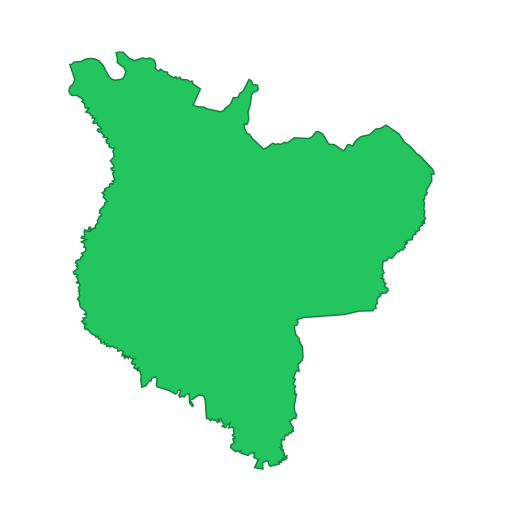 the district of Ratsada, Trang, Thailand, rotated 266°
{"feature_id": "78962969B5329491691086", "entity_name": "Ratsada", "entity_type": "district", "adm_level": 2, "iso_a3": "THA", "parent_name": "Thailand", "parent_adm1": "Trang", "projection": "orthographic", "projection_center": [99.655, 7.929], "detail": "fine", "context": "isolated", "style": "filled", "palette": "green", "viewbox_px": 512, "rotation_deg": 266, "n_neighbors": 0, "source": "geoboundaries", "source_scale": "gbopen_adm2", "svg_char_len": 5990}
<svg xmlns="http://www.w3.org/2000/svg" viewBox="0 0 512 512"><g transform="rotate(266 256 256)"><path d="M46.9,264.9L49.4,264.6L48.4,266.7L49.7,267.0L50.5,268.8L51.4,267.6L52.4,268.8L50.6,270.5L52.3,272.8L52.9,272.2L54.4,272.8L53.8,270.6L54.8,269.8L54.8,270.5L56.7,270.7L59.4,268.8L59.9,269.8L61.0,269.5L61.6,267.4L62.3,268.1L63.0,267.3L63.0,268.3L64.7,269.0L65.7,267.6L66.7,268.6L71.0,268.4L70.6,271.5L74.9,272.5L75.3,275.7L76.9,275.9L77.1,279.0L78.4,279.4L78.6,281.0L81.1,280.4L81.9,281.3L88.6,277.9L91.4,282.3L91.3,284.4L95.5,285.4L96.1,284.2L102.6,283.4L115.5,286.7L115.3,284.9L116.4,284.5L117.2,285.5L121.5,285.1L122.9,286.5L125.5,284.1L130.0,286.7L131.1,286.0L131.1,284.5L138.6,288.1L138.2,291.0L144.5,290.1L149.1,295.0L152.3,295.8L161.8,296.0L166.6,293.8L171.0,293.1L174.7,290.2L182.4,289.2L183.8,289.5L184.3,292.2L186.9,293.3L189.8,292.4L191.3,299.1L191.5,340.2L193.9,355.3L193.3,368.8L195.3,370.1L195.5,372.2L198.1,371.5L200.6,374.0L203.5,373.2L206.4,375.3L207.7,377.8L210.0,377.4L210.1,383.2L212.4,385.4L214.6,385.1L215.5,383.3L217.5,382.0L219.3,383.6L221.4,381.5L223.8,382.0L224.9,379.8L225.3,380.9L226.5,380.3L227.2,381.2L228.3,380.4L230.5,382.7L234.4,381.0L242.1,382.5L242.1,385.8L245.3,388.5L244.2,391.4L250.4,397.4L250.2,398.9L251.9,400.6L251.8,403.1L253.5,404.0L253.8,405.3L256.7,405.0L257.6,407.2L259.2,406.1L258.8,407.9L260.2,407.1L261.2,409.0L261.4,412.9L266.6,414.3L266.6,416.8L268.8,417.4L270.4,421.0L273.5,420.8L275.1,424.2L276.5,424.5L276.7,426.3L278.6,426.4L278.4,424.5L281.9,427.8L283.8,426.3L289.1,427.6L290.1,426.6L297.7,427.7L300.3,426.6L301.0,428.2L304.6,428.5L305.0,429.9L306.9,431.2L309.4,430.4L318.9,436.6L325.2,436.7L325.2,438.9L326.4,439.4L329.9,438.4L344.4,426.7L347.1,423.1L354.1,417.8L359.2,412.1L367.8,407.1L377.5,394.9L374.5,388.9L374.3,384.5L369.0,377.6L367.8,369.0L364.0,363.5L358.9,359.9L360.7,356.8L360.6,355.4L354.5,350.8L361.7,341.8L362.4,336.4L373.1,331.0L375.8,326.7L375.6,324.2L371.4,320.8L369.5,317.5L371.2,302.5L366.9,295.8L367.3,292.1L365.6,288.4L366.4,285.5L365.9,283.4L367.3,280.4L363.1,274.3L362.3,270.9L373.5,260.4L378.0,258.0L379.0,255.5L384.8,253.2L388.1,253.1L388.3,256.6L393.4,258.4L399.8,258.0L407.6,260.8L417.2,262.9L419.3,264.4L420.9,269.0L422.3,269.8L426.2,269.4L427.2,264.8L430.8,263.8L432.6,261.4L421.4,254.6L419.4,251.4L415.5,249.2L415.3,244.3L409.3,241.1L405.1,235.1L403.7,234.4L402.3,231.0L406.3,216.9L408.1,214.6L409.1,207.3L411.0,203.9L426.5,212.2L431.8,205.2L434.9,204.5L434.6,202.4L436.6,199.4L437.2,193.8L439.7,192.6L438.2,189.6L440.3,188.7L440.2,187.3L439.1,186.6L443.5,180.6L445.5,180.5L446.5,176.8L449.1,173.8L447.5,172.1L447.9,170.9L450.0,168.5L453.2,169.4L457.6,168.5L459.1,167.4L461.1,163.4L460.0,161.0L461.5,156.9L459.3,148.5L462.2,143.1L468.4,137.7L469.0,133.5L468.2,130.5L463.9,131.5L458.5,131.2L453.2,137.4L448.9,139.1L445.2,137.6L441.9,135.1L441.1,127.7L442.6,124.1L445.7,121.6L456.9,116.7L461.8,112.9L464.1,108.2L464.6,104.6L464.1,98.9L462.1,95.0L462.3,88.2L460.2,85.8L459.9,83.6L444.8,87.6L440.9,85.9L437.5,82.1L434.0,81.0L431.6,81.3L429.0,83.5L428.7,88.5L424.6,94.2L423.2,94.3L422.4,93.0L420.0,95.6L415.7,96.0L415.2,99.7L411.5,96.2L410.2,100.1L408.1,100.8L407.0,103.0L405.1,102.2L404.5,105.4L401.0,102.8L399.4,102.9L400.2,106.9L397.7,107.1L394.1,110.9L393.3,110.4L393.8,107.4L392.0,106.5L390.3,108.5L390.9,111.2L389.3,110.8L387.0,112.8L385.3,111.8L384.5,115.5L383.5,116.4L382.7,116.2L382.5,114.6L379.6,114.7L377.8,117.4L375.3,116.9L373.8,119.2L373.5,122.4L370.6,120.6L365.0,121.6L361.1,117.3L356.1,120.7L354.3,120.4L353.7,117.5L351.6,118.2L350.7,120.6L348.4,118.7L341.8,120.5L340.8,117.9L340.1,119.1L337.7,118.3L338.6,116.5L338.0,115.2L335.2,114.5L333.7,110.1L332.6,109.4L331.6,110.2L329.8,106.9L327.6,109.0L325.6,107.7L321.0,111.3L319.6,109.1L316.9,108.1L312.7,103.5L310.0,102.8L309.0,104.2L307.0,104.8L306.5,102.5L303.9,101.6L302.9,100.3L300.0,100.4L297.7,97.9L295.0,97.9L295.4,96.5L293.7,94.3L296.4,92.5L296.4,91.7L294.0,90.4L293.1,93.1L292.2,92.4L292.2,89.9L294.1,87.0L292.0,86.2L288.0,86.6L287.2,85.8L287.9,84.0L286.2,82.9L284.3,87.9L282.2,82.6L280.7,85.5L278.1,85.7L276.8,84.9L276.3,86.5L275.0,86.8L272.3,86.0L270.8,82.1L268.2,83.6L267.2,81.4L264.4,80.3L264.8,78.8L263.6,76.4L261.4,75.5L260.4,77.2L258.9,77.6L258.8,76.1L256.3,77.5L252.8,72.6L250.3,73.6L250.4,75.5L249.3,76.9L248.0,75.3L244.0,77.2L241.8,75.0L241.3,76.0L242.4,77.3L238.9,78.3L236.8,76.6L234.7,77.8L233.5,76.5L232.7,77.4L230.9,76.8L228.5,77.5L225.6,74.9L223.5,76.5L217.5,77.1L213.1,81.7L210.7,82.8L210.0,80.6L208.7,82.7L206.2,82.2L206.1,79.1L204.2,79.8L203.0,77.5L200.1,79.9L200.4,81.5L198.3,80.1L195.7,79.8L194.5,81.2L194.9,82.7L190.1,86.3L187.7,90.3L186.3,90.6L186.7,92.7L184.3,93.0L184.1,94.9L179.7,95.5L181.0,98.7L178.7,98.4L178.6,101.1L176.3,100.6L176.4,102.5L175.4,104.2L176.5,104.5L175.8,107.5L174.6,108.0L173.7,111.3L170.6,111.6L171.4,115.2L169.7,116.9L165.9,115.3L166.3,118.5L165.2,118.7L164.4,117.3L163.0,118.0L165.0,120.2L162.8,121.4L165.2,122.5L162.5,124.4L162.1,127.8L161.1,126.0L158.2,124.2L156.7,125.1L156.6,128.0L152.9,126.3L151.5,128.7L152.4,130.8L150.1,129.7L149.7,132.2L143.7,133.2L141.6,132.4L133.1,132.9L134.2,137.0L138.7,140.7L138.8,142.8L141.4,143.3L142.4,147.4L140.3,148.8L134.0,147.6L132.3,148.5L127.9,160.1L124.0,165.7L124.3,167.2L127.2,168.6L127.8,171.2L126.1,171.3L122.4,169.3L120.3,170.2L121.2,172.2L120.5,174.8L123.1,176.8L123.2,179.7L114.2,179.5L110.5,182.0L111.4,183.1L116.0,180.4L117.2,180.6L117.6,182.9L121.4,189.3L119.9,194.2L115.9,195.3L97.4,195.3L96.7,197.9L94.8,199.3L96.5,201.4L95.2,202.1L95.1,203.8L92.7,206.3L94.0,208.6L95.8,206.6L96.3,209.7L92.1,211.1L90.4,212.7L88.5,210.4L86.9,213.8L88.9,214.9L91.3,218.4L86.3,216.8L86.9,220.3L86.1,221.4L80.3,221.7L78.8,219.8L76.0,222.5L74.9,220.0L71.4,221.6L69.5,218.0L66.7,217.3L63.0,220.9L62.4,222.7L63.2,224.3L61.6,225.8L62.8,227.1L60.3,227.5L57.6,234.1L59.9,236.9L59.7,240.7L55.1,239.8L52.8,244.2L45.0,239.8L43.0,248.0L49.2,248.1L51.1,252.7L50.5,253.7L46.8,254.3L45.3,255.7L46.9,264.9Z" fill="#22c55e" stroke="#15803d" stroke-width="1.5"/></g></svg>